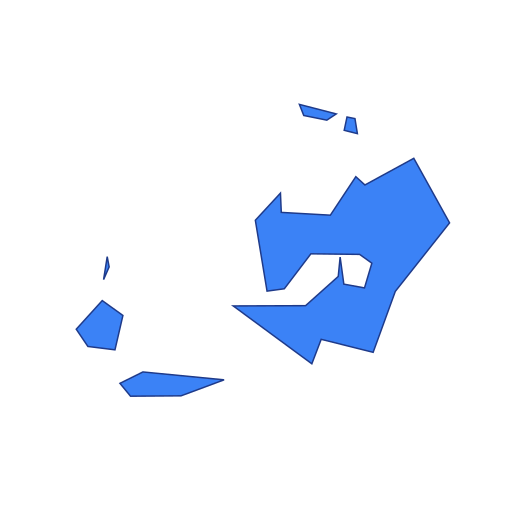 Kagoshima, Robinson projection, rotated 71°
{"feature_id": "JPN-3501", "entity_name": "Kagoshima", "entity_type": "Prefecture", "adm_level": 1, "iso_a3": "JPN", "parent_name": "Japan", "parent_adm1": "", "projection": "robinson", "projection_center": [130.414, 30.803], "detail": "coarse", "context": "isolated", "style": "filled", "palette": "blue", "viewbox_px": 512, "rotation_deg": 71, "n_neighbors": 0, "source": "natural_earth", "source_scale": "10m", "svg_char_len": 773}
<svg xmlns="http://www.w3.org/2000/svg" viewBox="0 0 512 512"><g transform="rotate(71 256 256)"><path d="M385.2,176.6L356.0,221.5L376.1,238.3L295.8,293.8L319.1,225.3L302.1,184.9L284.4,176.8L311.2,182.1L321.5,163.8L300.5,148.8L288.2,157.5L271.8,203.4L296.2,239.9L292.8,257.0L222.0,245.0L204.5,212.4L223.0,217.9L241.6,172.4L213.5,135.8L224.3,129.9L215.0,75.0L287.7,62.2L334.8,135.8L385.2,176.6ZM298.8,419.9L286.8,444.4L266.7,449.8L248.1,415.9L268.9,401.2L298.8,419.9ZM362.7,326.5L363.8,372.4L347.7,420.3L332.1,426.1L328.8,400.7L362.7,326.5ZM147.8,133.9L150.6,144.8L138.7,165.1L126.8,165.6L147.8,133.9ZM173.3,120.3L165.9,131.7L154.2,124.7L158.3,117.7L173.3,120.3ZM218.5,398.4L228.7,407.8L208.2,396.9L218.5,398.4Z" fill="#3b82f6" stroke="#1e3a8a" stroke-width="1.5"/></g></svg>